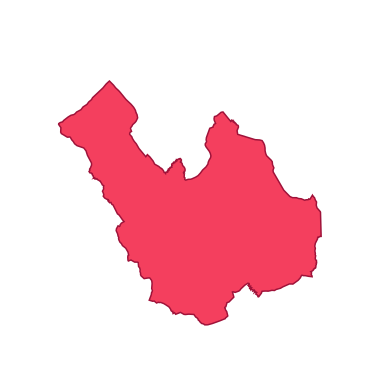 the district of Dan Khun Thot, Nakhon Ratchasima, Thailand, rotated 55°
{"feature_id": "78962969B23608126314551", "entity_name": "Dan Khun Thot", "entity_type": "district", "adm_level": 2, "iso_a3": "THA", "parent_name": "Thailand", "parent_adm1": "Nakhon Ratchasima", "projection": "orthographic", "projection_center": [101.7, 15.236], "detail": "fine", "context": "isolated", "style": "filled", "palette": "rose", "viewbox_px": 384, "rotation_deg": 55, "n_neighbors": 0, "source": "geoboundaries", "source_scale": "gbopen_adm2", "svg_char_len": 6100}
<svg xmlns="http://www.w3.org/2000/svg" viewBox="0 0 384 384"><g transform="rotate(55 192 192)"><path d="M144.2,120.7L143.4,122.4L143.8,127.1L143.8,128.3L143.1,130.3L144.5,131.8L145.9,132.6L149.4,133.4L149.2,135.3L149.8,135.8L150.2,137.0L150.9,137.5L150.0,140.9L155.7,149.0L157.5,150.6L158.6,150.9L159.2,151.3L160.2,153.6L161.3,154.3L163.0,154.6L168.7,154.5L171.0,154.9L173.3,155.8L174.6,157.2L175.7,159.7L176.9,161.6L178.3,163.0L179.5,166.2L180.1,170.7L181.3,174.2L182.1,177.7L181.9,180.7L181.1,184.8L180.7,185.9L179.4,187.9L178.7,190.3L177.6,190.8L176.5,189.7L175.3,189.9L173.2,188.2L171.4,188.0L171.3,187.3L171.6,187.1L170.6,186.7L170.8,185.8L170.0,185.0L168.5,184.3L166.6,184.2L164.9,184.5L162.8,183.7L161.7,183.9L161.1,184.3L160.9,183.9L160.5,183.9L160.5,182.9L160.0,182.9L159.6,182.3L158.0,182.3L157.9,182.9L157.6,183.1L157.8,183.4L157.3,183.8L157.2,185.2L156.9,185.6L157.1,185.8L156.7,186.1L157.4,186.5L157.0,186.7L157.3,187.0L157.1,187.0L157.0,187.5L157.4,187.8L157.5,188.6L157.9,189.0L157.7,189.2L158.0,189.4L157.6,190.1L157.8,190.4L157.5,190.4L157.8,190.7L157.4,191.0L157.4,192.1L157.6,192.7L158.5,193.3L158.8,193.0L159.2,194.0L160.0,194.3L159.6,194.9L159.4,195.7L159.9,195.7L160.0,196.0L159.8,196.5L160.0,197.0L159.7,197.1L159.7,198.0L160.0,197.9L161.0,198.5L160.8,199.0L160.4,198.7L160.2,198.9L160.6,199.9L161.3,199.9L161.7,200.3L161.6,200.9L161.1,200.7L161.1,201.4L160.8,201.8L160.9,202.4L161.6,203.0L160.4,203.1L160.0,203.6L158.4,203.2L156.0,203.2L155.6,203.6L154.8,203.6L154.1,204.1L152.1,204.5L147.8,206.6L144.2,206.1L139.1,206.4L135.8,207.1L136.6,209.6L126.0,210.5L120.6,210.0L117.4,210.3L114.0,210.1L112.2,209.6L109.1,210.0L108.6,209.8L107.6,208.5L107.7,206.8L104.8,206.0L104.2,205.4L103.6,203.4L102.8,202.0L102.4,198.8L101.9,197.1L100.1,194.0L97.0,192.6L95.1,192.4L94.7,192.1L94.3,192.2L92.7,191.5L89.2,191.2L85.2,191.6L78.4,193.0L67.8,193.8L62.9,194.8L59.4,195.0L53.7,196.0L54.3,200.3L55.7,205.4L57.7,219.3L58.7,221.4L59.0,224.9L60.0,227.8L59.8,232.3L60.9,235.8L60.3,240.7L60.8,242.7L60.8,244.4L59.7,247.2L59.5,250.5L59.8,256.2L60.3,257.7L59.5,260.2L59.5,261.9L60.3,262.2L59.7,262.5L64.1,262.5L67.6,265.2L69.2,265.5L75.3,262.8L75.9,262.3L76.6,260.8L77.3,260.3L80.4,260.6L82.6,260.3L85.1,260.5L88.1,259.6L93.8,255.4L97.5,255.2L102.0,256.6L110.6,257.7L112.4,258.9L114.3,261.9L114.4,262.6L114.7,262.9L115.4,263.0L116.2,264.6L116.7,264.4L117.2,264.7L117.9,264.6L118.6,263.7L119.3,263.4L119.7,263.6L120.0,263.3L120.9,263.8L122.1,263.6L122.9,264.2L124.2,263.9L124.3,264.4L124.4,264.1L124.5,264.3L125.2,263.7L125.8,264.0L126.2,263.1L126.6,262.9L126.6,262.3L127.7,262.3L129.5,261.4L129.9,261.4L130.2,261.0L133.1,261.1L134.7,261.4L136.2,260.7L137.2,261.7L138.9,262.7L140.0,264.9L141.8,265.2L143.8,265.9L144.5,267.1L146.8,267.0L148.8,266.1L150.2,265.0L151.3,265.1L151.1,265.9L152.4,265.8L153.7,265.5L154.0,264.4L156.3,264.7L157.3,264.1L167.3,265.6L167.7,265.3L169.3,264.9L175.0,264.9L177.3,264.6L177.0,267.7L177.7,269.8L178.4,270.2L178.6,271.2L177.3,272.0L178.8,275.0L180.2,276.3L183.5,276.9L185.9,277.9L187.1,278.0L188.1,278.9L189.4,279.4L191.8,279.8L193.8,279.4L196.0,279.7L200.0,278.5L204.5,278.9L207.4,280.1L207.3,280.8L208.4,281.9L211.2,283.6L212.0,283.7L212.7,281.0L216.5,279.2L218.1,277.0L218.9,276.5L222.4,278.5L224.2,278.4L226.0,279.1L227.1,280.1L229.0,280.7L230.3,281.6L231.6,281.8L235.5,280.9L236.8,278.1L237.8,276.3L238.3,275.9L241.2,275.8L242.3,276.2L244.1,277.2L248.0,280.4L250.1,281.0L250.9,281.9L251.0,282.6L252.8,284.3L256.1,289.1L258.9,286.9L259.7,285.5L262.6,284.7L263.0,282.9L263.6,282.4L264.6,280.9L267.4,279.0L272.5,276.9L273.7,276.7L275.9,276.8L277.2,277.2L278.6,276.8L278.8,276.3L280.7,277.2L280.8,275.6L282.8,275.5L284.0,270.5L287.7,268.7L288.7,267.5L290.2,264.7L293.4,260.7L296.6,260.7L297.2,260.3L299.1,259.9L300.6,260.3L301.6,259.9L302.7,260.0L305.2,259.5L306.7,258.2L308.1,257.8L309.8,255.3L311.4,250.8L313.5,243.1L314.8,237.4L314.4,236.8L314.2,234.0L313.9,233.7L309.7,232.1L308.0,232.2L306.4,231.6L305.7,231.7L305.3,231.3L305.4,230.1L302.7,226.8L303.3,224.7L302.1,218.0L297.1,216.2L297.4,215.5L299.0,214.2L300.0,210.5L300.0,209.3L299.4,207.6L298.6,202.1L298.8,198.5L299.8,197.7L300.6,198.1L300.4,198.8L300.7,199.6L301.2,199.3L302.0,199.6L302.6,198.2L302.9,198.7L303.9,198.3L303.3,199.3L303.8,199.5L304.1,200.0L304.4,199.7L304.9,199.8L304.6,199.5L304.9,198.9L305.3,199.6L305.9,199.1L306.2,199.3L306.8,198.1L307.7,198.3L308.1,198.9L308.5,198.0L308.3,197.2L309.2,197.3L309.8,197.8L310.1,198.3L310.1,198.0L310.6,197.4L310.4,197.1L311.3,196.6L311.4,197.4L311.7,197.4L312.2,198.3L313.3,197.7L313.7,197.8L315.0,197.4L315.3,197.8L315.5,197.3L315.8,197.7L316.1,197.5L314.7,193.2L313.5,191.6L315.0,189.0L317.0,186.3L318.4,182.9L320.0,180.9L320.1,179.0L321.6,174.7L321.8,172.0L323.2,164.9L325.3,162.1L325.2,155.6L324.4,152.4L323.5,150.9L323.2,149.7L324.4,148.7L325.6,147.1L328.0,144.8L330.3,142.2L329.5,141.8L327.8,141.6L326.9,140.5L326.2,140.2L325.4,140.4L325.7,138.6L325.6,137.6L325.1,137.0L325.3,136.6L324.8,135.8L325.1,134.7L324.7,134.4L324.9,134.1L324.2,133.3L323.4,133.1L322.9,131.9L321.5,131.1L321.6,130.6L319.4,129.3L319.2,129.6L317.9,129.5L316.9,129.0L315.1,127.2L314.1,127.1L313.1,126.2L310.8,125.2L308.9,123.3L306.8,122.5L304.7,120.3L302.5,116.2L301.5,115.3L301.2,114.5L301.8,114.2L301.7,113.0L302.1,112.3L301.9,111.9L302.3,111.6L282.2,98.3L281.5,98.2L276.7,98.7L274.1,97.8L271.6,95.7L269.4,95.6L266.9,94.9L266.0,95.2L265.2,95.0L264.8,95.1L264.7,95.4L263.7,95.2L265.5,99.4L265.4,99.9L264.6,100.3L264.9,101.3L263.7,103.2L263.5,104.3L260.2,106.4L258.5,108.4L256.6,109.7L254.2,113.0L251.8,114.4L243.2,115.8L222.2,114.0L220.5,113.0L219.2,111.1L215.9,110.4L213.2,108.9L211.4,108.9L205.0,110.1L202.6,109.5L200.0,108.4L197.8,106.9L195.2,105.7L192.7,105.2L190.1,105.1L188.3,106.6L185.3,110.3L171.0,121.5L167.6,119.9L165.5,116.7L164.3,116.1L163.5,116.2L162.2,117.1L161.4,116.7L160.2,116.9L160.0,117.3L159.6,117.2L159.6,117.4L158.6,117.8L158.6,117.5L158.2,117.2L157.2,117.9L156.9,117.4L156.5,118.0L156.2,118.1L156.5,118.4L156.2,118.6L156.5,118.9L156.4,119.6L155.9,119.2L155.8,119.7L155.4,119.9L144.2,120.7Z" fill="#f43f5e" stroke="#9f1239" stroke-width="1.5"/></g></svg>